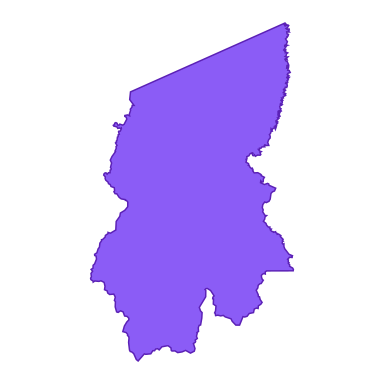 Sandia, Puno, Peru (Albers equal-area conic projection)
{"feature_id": "86281439B32032082656225", "entity_name": "Sandia", "entity_type": "district", "adm_level": 2, "iso_a3": "PER", "parent_name": "Peru", "parent_adm1": "Puno", "projection": "albers", "projection_center": [-69.323, -13.833], "detail": "fine", "context": "isolated", "style": "filled", "palette": "violet", "viewbox_px": 384, "rotation_deg": 0, "n_neighbors": 0, "source": "geoboundaries", "source_scale": "gbopen_adm2", "svg_char_len": 6009}
<svg xmlns="http://www.w3.org/2000/svg" viewBox="0 0 384 384"><path d="M122.8,331.6L126.2,332.6L127.6,334.3L127.5,335.5L128.7,336.6L129.0,338.1L128.6,342.4L129.5,350.1L130.2,351.5L131.7,351.9L133.7,353.6L136.3,359.5L138.1,361.0L144.3,353.9L145.7,354.3L150.8,353.8L152.8,350.7L154.6,350.7L155.6,349.1L157.6,348.7L159.2,349.9L161.9,346.8L167.1,345.8L168.2,345.8L170.9,347.8L171.3,350.5L172.0,351.0L175.0,350.9L177.7,352.6L182.1,351.9L185.6,350.4L190.5,353.1L194.3,351.2L195.0,348.6L193.4,343.5L195.2,342.4L195.6,341.6L195.2,340.1L197.3,338.5L196.5,336.3L197.2,333.2L196.9,332.5L198.5,331.5L198.3,327.6L199.2,325.3L200.6,325.0L201.8,318.1L202.1,312.6L200.5,310.9L199.3,307.4L205.7,296.8L205.8,290.5L205.0,289.5L206.0,288.6L207.4,288.5L210.6,290.5L214.1,295.9L212.9,297.2L212.7,298.8L213.5,299.1L213.3,304.1L216.0,306.0L215.5,311.0L214.6,312.9L215.2,313.4L215.6,315.6L217.9,315.2L220.7,315.9L223.3,315.4L225.2,316.9L231.0,318.8L232.2,321.3L235.8,325.1L239.6,325.1L243.0,316.6L244.7,317.0L247.1,316.3L249.2,313.5L253.5,312.6L254.3,309.0L256.5,308.1L258.1,308.5L258.4,305.8L260.8,304.3L262.1,302.4L260.2,299.6L259.5,296.8L258.4,296.6L258.2,294.6L256.2,290.2L257.8,288.0L258.2,285.3L259.8,283.8L261.2,283.5L263.3,280.2L262.3,279.4L261.5,277.1L261.4,275.5L262.2,274.4L263.9,273.5L265.3,274.0L265.2,272.0L266.6,270.9L293.2,270.8L293.4,269.4L292.6,268.0L289.6,266.3L289.7,264.8L288.4,263.4L289.0,262.6L288.2,261.9L288.4,260.0L287.6,259.3L289.6,257.3L292.1,257.5L292.3,256.7L291.7,256.0L292.2,255.6L289.0,254.3L284.7,248.7L283.9,246.4L283.9,243.8L283.1,244.2L282.2,243.2L282.5,241.4L283.2,241.2L282.4,240.2L283.1,239.3L280.4,236.6L280.9,235.6L278.5,234.0L277.2,234.3L277.1,233.4L275.5,232.4L275.5,231.7L273.4,232.3L273.1,231.6L271.8,231.4L270.6,230.3L271.4,229.1L269.9,228.8L269.9,227.0L268.4,227.1L266.7,225.3L266.0,223.4L263.4,221.3L264.7,219.2L265.0,217.0L266.5,215.6L265.1,215.5L262.7,211.8L263.2,209.9L262.3,207.7L262.8,204.6L264.7,202.0L266.3,202.6L269.0,201.3L270.2,199.1L271.0,193.4L272.5,191.8L274.5,191.0L275.7,188.2L269.1,185.3L268.7,183.9L267.5,183.4L264.4,184.5L260.5,182.7L260.8,180.8L261.8,182.0L263.2,181.8L263.4,179.0L264.4,177.3L261.2,175.6L261.4,175.0L260.6,174.2L257.8,172.7L254.2,172.9L252.7,170.8L253.1,170.1L252.3,168.2L251.6,168.6L249.8,167.0L249.4,165.8L248.3,165.3L248.8,164.5L248.5,163.6L246.0,162.2L246.5,160.7L246.1,159.4L246.7,159.4L247.0,158.3L246.8,156.6L248.9,155.8L250.1,153.7L252.3,152.8L252.9,153.2L252.1,153.8L252.8,155.5L253.5,155.7L254.4,154.8L255.3,156.3L257.5,155.1L260.2,155.2L260.8,154.5L260.0,152.6L261.3,151.6L259.7,151.1L258.4,149.4L259.5,149.3L259.5,148.2L261.0,148.2L262.0,146.9L264.8,146.8L264.3,145.4L264.9,144.8L266.0,145.5L268.8,145.4L267.7,142.4L268.7,139.6L270.1,138.1L270.2,136.1L269.4,134.6L270.5,133.5L270.8,131.9L272.2,131.2L270.9,130.0L271.1,128.7L272.2,130.1L272.9,128.5L274.8,127.7L275.4,129.3L276.3,126.7L274.9,126.2L276.7,125.1L276.4,124.0L277.4,123.4L276.5,122.5L277.8,121.9L277.0,121.2L276.1,121.8L275.9,120.9L278.1,119.1L277.6,117.9L278.9,118.1L278.1,115.3L279.0,115.6L279.3,116.7L280.0,116.3L279.0,113.9L278.1,113.6L278.1,111.3L278.6,111.0L278.5,112.2L279.5,113.3L280.0,112.6L279.1,110.9L280.2,110.2L280.8,111.3L281.3,111.0L280.5,110.0L281.0,108.7L280.1,108.3L279.7,106.5L280.5,105.3L281.4,105.4L282.2,104.7L280.3,104.1L280.6,103.4L281.9,103.6L282.3,102.4L282.2,100.6L281.5,101.0L280.9,100.3L281.5,99.7L282.6,100.0L281.6,98.0L283.4,98.0L283.2,96.6L285.5,95.5L284.2,94.4L285.5,94.4L285.8,93.7L283.4,92.4L285.6,90.2L284.8,89.6L283.6,89.9L283.5,89.4L284.9,88.5L285.3,87.2L286.7,87.5L287.3,85.9L287.0,84.0L285.6,83.4L286.0,82.5L287.2,82.9L287.8,82.2L287.1,80.7L288.3,79.8L286.9,77.5L287.5,77.3L288.6,78.1L289.4,77.2L287.4,76.7L287.4,76.1L288.7,75.5L287.3,74.4L288.0,73.3L290.2,72.5L289.2,70.5L287.7,70.2L288.5,67.5L286.7,68.1L287.0,65.5L287.5,65.4L288.3,66.5L288.8,65.2L287.2,61.5L286.1,61.1L284.9,59.2L285.4,58.8L287.1,59.6L286.6,58.3L287.9,56.9L286.4,57.1L285.1,56.5L286.1,55.8L286.5,53.7L287.7,52.9L286.4,52.3L285.3,52.6L285.8,49.6L284.9,49.7L284.5,50.9L283.7,50.0L286.1,46.6L284.7,46.3L284.7,45.3L285.6,44.8L286.4,45.7L287.5,45.3L286.0,44.9L287.4,41.7L285.5,38.9L287.2,37.3L287.0,36.5L287.9,36.2L288.5,34.4L287.1,33.9L286.7,31.9L289.3,32.0L288.4,30.8L289.3,30.0L289.0,28.9L287.1,29.4L286.0,28.5L287.3,27.8L288.7,25.5L287.8,24.9L285.1,26.0L284.4,24.9L286.0,24.1L285.0,23.0L130.5,91.9L129.7,99.6L134.0,105.4L132.2,105.4L131.9,107.2L130.3,109.2L130.6,110.3L129.3,114.3L129.6,115.8L127.5,114.9L124.8,115.5L124.8,116.4L126.2,117.2L126.8,119.1L124.1,124.3L122.7,125.1L119.8,124.1L119.2,125.0L118.0,125.3L117.0,123.2L115.9,122.6L114.9,123.0L114.2,124.7L113.3,125.3L113.8,126.1L116.9,126.9L117.8,128.4L119.5,128.0L120.6,128.6L121.3,128.0L121.4,128.6L120.3,131.1L118.8,131.2L118.5,131.8L119.3,134.2L118.2,134.7L118.1,136.7L117.4,137.1L117.1,140.1L116.3,141.2L116.6,142.0L115.5,142.9L117.0,145.4L116.0,146.7L116.3,148.1L115.0,151.1L115.5,151.6L112.0,156.5L110.3,160.1L111.6,163.0L110.5,167.4L111.2,168.7L110.9,169.8L110.1,170.2L110.1,172.7L108.5,172.7L107.1,174.2L106.1,172.9L105.1,172.9L104.1,173.7L103.7,175.1L105.3,176.9L105.1,178.4L105.7,180.1L108.1,182.2L108.5,183.7L110.2,184.5L111.0,186.5L114.3,187.7L114.6,190.9L113.9,191.7L115.1,193.7L116.8,193.8L119.1,197.3L121.2,198.9L125.2,199.6L125.4,200.4L126.4,200.4L127.8,202.1L127.7,206.8L124.7,210.4L120.4,213.0L119.8,216.3L116.2,221.4L115.8,230.0L110.4,233.2L108.0,232.4L108.0,233.6L105.4,235.4L105.1,237.1L102.6,239.5L101.5,239.7L101.5,240.9L99.9,243.1L99.4,247.2L98.1,248.9L96.9,252.8L94.6,254.3L94.7,255.5L96.1,256.1L96.5,259.1L94.6,263.9L93.1,265.3L93.0,268.2L91.1,269.4L92.6,271.2L91.0,273.4L91.4,276.8L90.6,278.2L90.9,279.6L93.1,281.1L93.2,282.1L94.8,281.0L98.9,281.4L101.0,280.8L104.1,282.4L105.0,286.3L104.5,289.7L107.2,290.9L107.7,293.0L109.6,294.5L113.8,294.1L115.3,297.1L114.4,300.5L115.4,301.6L115.2,306.9L116.6,311.9L118.1,312.4L120.6,310.8L123.1,311.9L124.6,316.0L127.1,316.4L128.8,318.2L128.8,319.9L126.8,322.0L124.4,326.0L122.8,331.6Z" fill="#8b5cf6" stroke="#5b21b6" stroke-width="1.5"/></svg>